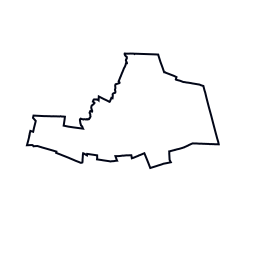 Selaru, Dâmbovita, Romania (Robinson projection), rotated 44°
{"feature_id": "2599482B55350646463650", "entity_name": "Selaru", "entity_type": "district", "adm_level": 2, "iso_a3": "ROU", "parent_name": "Romania", "parent_adm1": "Dâmbovita", "projection": "robinson", "projection_center": [25.307, 44.47], "detail": "fine", "context": "isolated", "style": "outline", "palette": "ink", "viewbox_px": 256, "rotation_deg": 44, "n_neighbors": 0, "source": "geoboundaries", "source_scale": "gbopen_adm2", "svg_char_len": 5487}
<svg xmlns="http://www.w3.org/2000/svg" viewBox="0 0 256 256"><g transform="rotate(44 128 128)"><path d="M93.6,195.8L96.7,194.5L97.8,194.0L99.1,193.5L106.1,190.6L106.7,190.4L111.1,188.7L113.0,188.0L116.3,186.6L117.9,186.0L118.1,185.9L118.4,185.6L118.6,185.4L118.8,185.2L119.1,184.5L118.9,184.2L118.7,183.9L118.4,183.5L118.1,183.2L117.8,182.8L117.4,182.5L117.2,182.2L116.6,181.5L116.3,181.1L115.2,179.8L114.4,178.9L113.7,178.0L113.3,177.3L113.8,177.1L114.1,177.1L114.4,176.9L114.7,176.9L114.8,176.8L115.0,176.8L115.1,176.7L115.9,176.6L117.5,176.2L116.6,175.0L124.8,169.1L126.6,170.9L127.5,172.1L131.4,169.3L132.3,168.7L136.2,165.9L137.6,164.9L138.1,164.6L138.7,164.2L139.1,163.6L139.4,163.2L140.9,161.6L141.2,161.1L141.5,160.7L141.7,160.4L142.4,159.6L142.7,159.2L142.8,159.1L142.2,158.9L142.0,158.7L141.4,158.4L140.9,158.2L140.5,158.0L139.9,157.7L138.9,157.2L138.5,157.0L139.4,156.1L140.1,155.4L140.6,154.9L141.1,154.4L142.4,152.8L143.3,151.6L143.9,151.1L145.9,148.7L146.9,147.8L147.3,147.4L147.8,146.9L148.0,146.6L148.7,145.9L149.0,145.6L149.3,145.3L149.9,145.7L150.6,146.2L150.9,146.5L151.1,146.6L151.8,147.1L152.1,146.5L152.4,145.8L152.6,145.7L153.6,143.3L154.1,142.2L154.4,141.6L154.5,141.3L154.8,140.7L154.8,140.4L155.0,139.9L155.5,139.0L155.6,138.8L156.0,137.8L156.2,137.4L156.8,135.9L157.3,134.8L159.4,135.7L160.1,136.0L164.4,137.9L167.5,139.3L171.8,141.3L172.5,140.0L174.6,136.2L175.7,134.1L175.9,133.7L176.6,132.5L177.4,131.0L177.6,130.6L177.9,130.0L178.3,129.1L180.3,126.3L182.6,122.9L180.8,122.3L180.6,122.2L180.0,122.0L179.7,121.7L176.6,118.8L175.4,117.7L174.9,117.1L173.9,116.2L174.3,115.7L174.5,115.3L174.7,114.9L175.4,113.8L175.8,113.1L176.3,112.3L176.6,111.9L176.9,111.2L177.1,111.1L177.2,110.8L178.2,109.1L179.3,107.5L179.5,107.1L180.1,106.1L180.4,105.5L181.0,104.5L181.4,103.6L181.7,103.1L181.8,103.0L181.8,102.8L182.0,102.3L182.3,101.6L182.5,101.1L182.6,100.8L183.0,99.9L183.0,99.6L183.2,99.3L183.4,98.9L183.6,98.0L184.1,96.9L184.1,96.7L184.9,94.8L185.1,94.4L185.2,94.2L185.3,94.0L186.1,93.4L187.0,92.5L187.3,92.2L187.7,91.8L188.2,91.4L189.5,90.3L190.2,89.8L190.3,89.6L192.1,87.9L192.9,87.3L193.5,86.7L195.5,84.9L196.3,84.2L197.1,83.4L198.0,82.8L199.1,81.7L200.4,80.5L200.9,80.0L201.6,79.5L203.9,77.3L204.1,77.2L204.6,76.7L202.2,75.1L199.3,73.5L196.5,71.8L194.8,70.8L190.2,68.0L184.6,64.6L182.0,63.0L179.4,61.4L176.7,59.8L171.8,56.9L171.3,56.6L163.5,51.8L158.8,48.8L156.9,47.8L153.0,45.4L152.1,45.9L150.8,46.5L150.5,46.7L150.0,46.8L148.7,47.4L148.6,47.6L147.1,48.6L144.2,50.6L143.1,51.4L142.8,51.5L139.9,53.5L138.5,54.6L136.8,55.7L136.1,56.3L135.2,56.8L134.1,57.2L132.5,57.9L131.5,58.5L129.0,59.9L128.7,59.9L127.5,57.7L124.8,58.6L116.1,62.3L116.0,62.2L115.3,62.8L110.8,60.5L105.4,57.9L99.7,54.8L98.7,54.2L96.4,56.2L94.5,57.9L82.2,69.0L81.5,69.7L81.3,70.3L81.1,70.3L80.7,70.3L80.5,70.5L78.0,72.8L77.1,73.8L75.3,75.6L74.4,76.3L74.1,76.5L73.9,76.7L74.1,77.1L74.8,77.5L75.3,77.7L75.7,77.7L76.1,77.8L76.6,78.0L77.0,77.8L77.4,77.7L77.7,77.7L78.4,78.3L78.7,78.6L78.9,79.0L79.0,79.5L79.1,79.9L79.0,80.0L79.2,80.4L79.4,80.7L79.9,81.1L81.3,81.6L81.5,81.8L82.0,81.9L82.2,82.1L81.6,82.6L81.5,82.8L81.7,83.1L82.3,84.0L82.5,84.5L82.7,84.9L83.0,85.7L83.3,86.5L83.5,87.5L83.7,88.1L84.3,89.5L85.1,91.5L85.4,92.3L85.5,92.6L85.5,92.8L85.9,93.5L86.5,95.1L87.0,96.1L87.0,96.4L88.3,99.5L88.7,100.6L88.9,101.0L89.9,101.0L90.4,101.2L90.6,101.4L90.6,101.5L90.5,101.9L89.0,104.7L88.7,105.1L88.7,105.3L89.0,105.9L89.4,106.5L91.2,108.0L91.7,108.9L92.0,109.5L92.4,109.8L93.0,110.1L93.6,110.5L94.3,111.4L94.3,111.5L93.8,112.5L93.6,112.8L93.5,113.1L93.4,113.4L93.4,113.8L93.5,114.4L93.8,114.7L94.7,115.4L95.6,116.6L96.1,117.1L96.2,117.3L95.7,117.4L95.4,117.6L95.1,117.8L95.7,119.2L95.7,119.5L95.9,119.9L96.3,120.8L96.6,121.6L96.6,121.9L96.5,122.1L94.9,122.5L92.7,123.2L91.5,123.6L91.3,123.7L90.4,124.0L85.1,125.6L87.6,128.5L87.1,128.5L86.2,129.1L85.9,129.0L85.3,129.5L85.1,129.7L85.0,129.9L83.7,131.0L83.6,131.4L83.8,132.0L84.4,133.4L84.9,133.2L85.5,133.2L85.8,133.3L86.0,133.4L86.3,133.3L86.5,133.3L86.5,134.0L86.7,134.6L86.7,135.0L86.6,135.5L86.5,135.8L86.3,137.1L86.8,138.0L87.2,138.7L87.8,139.2L88.3,139.5L88.8,139.7L88.9,139.9L89.2,140.0L89.8,140.3L90.3,140.5L90.6,140.8L90.7,141.2L90.4,141.2L89.9,141.6L89.3,141.8L89.1,142.0L89.3,142.5L89.5,142.9L89.6,143.5L90.0,143.9L90.5,144.0L91.2,144.3L91.8,144.7L92.1,145.1L92.4,145.4L92.9,145.6L93.2,146.1L93.4,146.8L93.4,147.2L93.4,147.4L93.6,147.5L93.7,148.4L93.8,148.7L93.7,149.0L93.3,149.2L93.0,149.5L93.0,149.9L92.4,150.1L92.2,150.2L92.0,150.6L92.0,151.0L91.9,151.1L91.1,151.5L90.8,151.7L89.8,152.8L89.8,153.0L89.4,153.1L88.7,153.6L88.1,154.0L87.8,154.1L87.6,154.1L87.6,154.4L87.4,154.7L87.5,155.1L87.6,155.4L87.9,155.7L88.8,156.4L90.0,157.3L90.2,157.5L90.3,157.6L91.2,158.0L92.4,158.8L92.8,158.7L93.6,158.7L94.4,158.9L95.3,159.4L96.1,159.7L88.4,165.4L84.2,168.4L80.1,171.0L76.6,166.1L74.8,163.7L73.5,164.7L72.6,165.6L72.2,165.9L71.3,166.4L70.8,167.2L67.9,169.8L66.5,171.2L66.4,171.2L65.2,172.4L64.5,173.1L63.6,173.8L59.1,178.0L51.4,184.7L52.6,186.7L56.7,187.0L57.4,188.1L60.3,193.2L61.1,194.5L62.4,196.6L59.8,197.9L61.1,200.2L61.3,200.4L61.4,200.7L61.6,200.9L61.8,201.2L62.2,201.9L62.3,201.8L63.1,203.1L65.1,206.6L65.8,207.9L66.7,209.5L67.3,210.6L69.2,208.6L69.5,208.3L70.0,207.7L71.1,206.7L71.4,206.6L71.9,206.6L72.7,206.8L72.8,206.6L73.4,206.0L74.2,205.1L75.0,204.3L75.2,204.0L76.1,203.5L78.1,202.5L78.8,202.1L79.0,202.0L79.3,201.9L84.7,199.0L89.8,196.3L90.6,195.9L92.9,194.7L93.6,195.8Z" fill="none" stroke="#020617" stroke-width="2"/></g></svg>